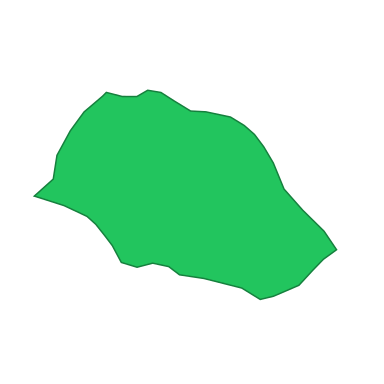 Torsås, Kalmar, Sweden (Natural Earth projection), rotated 192°
{"feature_id": "70781695B75785870323724", "entity_name": "Torsås", "entity_type": "district", "adm_level": 2, "iso_a3": "SWE", "parent_name": "Sweden", "parent_adm1": "Kalmar", "projection": "natural_earth1", "projection_center": [15.932, 56.442], "detail": "fine", "context": "isolated", "style": "filled", "palette": "green", "viewbox_px": 384, "rotation_deg": 192, "n_neighbors": 0, "source": "geoboundaries", "source_scale": "gbopen_adm2", "svg_char_len": 668}
<svg xmlns="http://www.w3.org/2000/svg" viewBox="0 0 384 384"><g transform="rotate(192 192 192)"><path d="M296.5,271.6L299.4,267.1L314.2,247.9L323.7,226.7L331.7,199.8L330.4,175.8L345.4,155.2L314.3,152.1L289.6,146.3L279.4,140.4L267.1,130.2L258.8,123.0L246.5,108.4L230.1,107.0L215.7,114.2L199.3,114.2L187.0,108.4L162.4,109.9L123.4,108.4L102.9,101.1L101.5,101.8L90.6,107.0L68.0,123.0L57.7,140.4L49.5,153.5L38.6,165.6L54.7,181.1L79.9,197.2L102.6,214.0L118.5,237.3L131.2,251.1L142.9,261.3L154.7,267.9L169.9,273.3L195.1,273.3L210.2,270.9L228.8,277.5L243.1,282.9L256.5,282.3L265.8,273.9L280.1,270.9L296.5,271.6Z" fill="#22c55e" stroke="#15803d" stroke-width="1.5"/></g></svg>